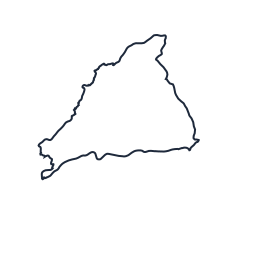 Balangan, Kalimantan Selatan, Indonesia, rotated 220°
{"feature_id": "22746128B67876608948387", "entity_name": "Balangan", "entity_type": "district", "adm_level": 2, "iso_a3": "IDN", "parent_name": "Indonesia", "parent_adm1": "Kalimantan Selatan", "projection": "equal_earth", "projection_center": [115.786, -2.285], "detail": "fine", "context": "isolated", "style": "outline", "palette": "slate", "viewbox_px": 256, "rotation_deg": 220, "n_neighbors": 0, "source": "geoboundaries", "source_scale": "gbopen_adm2", "svg_char_len": 5726}
<svg xmlns="http://www.w3.org/2000/svg" viewBox="0 0 256 256"><g transform="rotate(220 128 128)"><path d="M188.1,161.2L188.8,159.1L188.9,157.9L189.1,157.7L189.2,157.2L189.3,157.0L189.2,156.3L189.3,155.9L189.0,155.5L188.9,155.3L189.0,154.6L189.1,154.3L188.9,154.1L188.8,153.9L189.2,153.3L189.3,152.7L189.5,152.5L189.5,152.3L189.5,151.8L190.2,151.1L190.1,150.8L190.3,150.2L189.6,149.8L189.2,149.9L188.8,149.8L188.5,149.6L188.2,149.6L187.6,149.2L187.4,149.0L187.0,147.9L187.0,147.5L186.6,147.0L186.4,146.3L186.3,145.8L186.0,145.3L186.0,145.0L186.2,144.7L186.1,144.2L185.9,143.9L185.5,143.5L185.4,143.2L185.0,143.0L185.0,142.1L184.5,141.2L184.4,140.7L184.2,140.4L184.3,140.3L184.3,140.1L184.4,139.7L184.3,139.3L184.5,138.8L184.4,138.6L184.4,138.3L184.6,138.0L184.5,137.5L184.6,137.2L184.6,136.6L185.0,136.5L185.1,136.3L185.2,136.0L185.2,135.8L185.3,135.3L185.6,135.1L186.0,135.2L186.0,134.8L186.0,134.7L186.7,133.9L187.5,133.5L188.4,133.2L188.9,133.0L189.5,132.3L189.7,131.5L189.6,130.8L189.2,130.1L188.6,129.9L187.3,130.3L186.6,130.0L186.1,129.6L185.4,128.4L184.7,126.7L184.2,125.2L183.7,123.1L182.6,121.2L182.3,120.5L182.1,119.5L182.3,118.6L182.6,117.9L182.4,117.0L182.3,116.9L182.2,116.4L182.3,115.5L182.2,115.1L181.9,115.0L181.5,115.1L181.4,114.9L180.9,113.9L180.5,113.8L180.7,113.2L180.6,112.9L180.5,112.5L180.4,112.2L180.8,111.2L180.8,110.5L180.5,110.0L180.4,109.5L180.4,109.0L180.5,108.7L181.3,108.8L181.3,108.7L180.9,108.2L181.0,107.4L181.0,107.2L180.9,107.2L180.7,107.0L180.3,107.1L180.0,106.8L179.6,106.7L178.6,105.8L178.2,105.1L177.9,105.0L177.5,105.1L177.4,105.0L177.3,104.9L177.5,104.4L177.6,103.7L178.1,102.6L178.3,101.8L178.7,101.3L178.7,100.9L178.5,100.7L178.3,100.6L178.0,100.2L177.7,99.7L177.1,99.0L177.0,98.4L176.9,97.8L177.0,96.8L177.2,96.0L178.4,94.1L179.0,92.6L179.1,91.9L179.1,90.6L178.9,88.5L178.9,86.8L179.1,84.1L179.5,81.2L179.5,79.4L179.4,77.5L179.4,75.8L179.5,74.3L179.4,72.4L179.3,70.9L179.4,69.8L179.9,68.7L180.8,68.1L182.5,67.5L183.1,67.2L184.1,66.0L184.4,64.9L184.6,62.2L185.4,59.6L185.5,58.7L185.5,58.0L185.2,57.1L184.4,56.8L183.1,57.1L182.6,57.0L182.0,56.6L181.4,56.0L179.9,54.0L179.5,53.6L178.8,53.3L178.7,52.8L178.8,52.4L178.7,52.0L178.5,51.8L178.3,51.8L177.9,51.4L177.7,51.5L177.1,52.1L176.5,52.4L175.3,52.4L175.0,52.6L174.7,52.9L173.6,53.0L173.3,52.9L173.2,52.6L173.1,52.9L173.0,53.2L173.0,53.4L173.1,53.5L172.5,54.1L172.2,54.8L171.7,55.4L170.9,55.7L169.5,55.2L168.2,55.0L166.4,55.3L165.9,54.9L165.3,53.9L165.0,52.9L164.5,51.8L164.0,51.2L163.5,51.0L163.3,51.2L162.9,51.3L162.5,51.8L162.3,51.9L162.0,52.2L161.9,52.3L161.5,52.0L161.3,51.4L161.0,50.2L160.9,49.8L160.9,49.6L160.7,49.4L160.6,49.2L160.6,48.8L160.4,48.5L160.0,48.3L159.8,48.4L159.8,47.8L160.0,47.0L160.4,46.1L162.3,44.3L164.0,42.6L164.9,40.8L165.1,39.9L165.2,38.9L165.0,38.2L164.6,37.5L164.2,37.0L162.3,35.0L161.3,34.3L161.3,33.9L161.1,33.7L160.8,33.4L160.8,33.2L160.6,33.8L160.4,34.0L160.2,34.7L160.2,34.9L160.4,35.1L160.4,35.4L160.4,35.6L160.5,36.2L159.7,36.2L159.6,36.3L159.4,36.3L159.3,36.6L159.0,36.7L158.7,37.2L158.7,37.5L158.5,38.0L158.0,38.6L157.8,39.2L157.0,41.0L156.8,41.9L156.8,42.7L156.8,45.0L156.6,47.1L156.4,47.8L155.4,50.2L155.2,51.1L155.2,52.6L155.5,54.0L155.5,55.1L155.5,56.3L155.4,57.6L155.2,58.8L154.5,61.1L153.4,63.4L152.5,65.2L150.6,68.0L148.1,71.2L147.2,72.9L145.7,76.7L145.0,77.7L144.5,78.3L143.3,79.2L142.7,79.9L142.2,80.7L141.8,81.7L141.2,84.0L140.6,85.6L140.3,86.1L139.7,86.8L138.9,87.3L138.3,87.5L137.3,87.6L136.4,87.3L132.9,85.0L132.1,84.6L131.6,84.6L131.0,84.7L130.5,85.0L129.9,85.5L129.4,85.9L129.0,86.7L128.8,88.4L128.6,90.1L128.4,92.1L128.2,93.1L127.9,93.9L127.5,94.7L126.8,95.3L126.1,95.8L117.1,100.7L114.1,102.8L113.3,103.3L112.3,104.1L111.4,105.2L110.7,106.5L110.3,107.3L110.1,107.9L109.3,111.4L108.4,113.9L108.0,114.7L107.4,115.6L106.2,117.0L105.5,117.6L105.2,117.9L103.9,119.0L102.2,119.8L101.0,119.8L100.4,120.0L99.7,120.4L99.2,120.9L98.8,121.4L97.3,123.8L95.8,125.2L92.3,127.6L92.2,127.8L90.5,129.0L89.2,130.0L85.3,133.1L83.9,134.6L82.4,136.5L81.0,138.9L80.0,140.3L78.5,142.0L76.6,143.8L75.9,144.2L75.6,144.3L75.2,145.1L74.6,146.0L73.9,147.2L73.2,147.8L72.9,148.4L72.0,149.4L70.9,150.2L70.1,150.6L69.1,150.8L68.2,150.9L66.7,150.4L66.5,150.7L66.4,151.2L67.1,152.7L67.1,154.1L66.6,157.2L66.7,160.1L66.3,161.4L65.8,162.0L65.7,162.8L65.9,163.9L66.2,164.0L66.3,164.2L67.5,163.5L67.9,163.4L68.7,162.7L69.5,162.1L70.1,162.2L71.0,162.2L71.6,162.7L72.1,163.6L72.5,163.9L73.2,165.8L73.5,166.8L75.7,170.0L78.6,171.6L81.8,174.4L85.5,176.2L88.7,176.9L89.2,177.1L90.7,178.1L95.6,180.8L98.3,181.5L100.7,182.5L101.4,182.7L104.3,182.6L106.4,182.7L108.4,182.8L112.5,184.2L114.4,185.2L118.5,188.5L120.0,189.5L121.6,190.3L124.7,189.0L128.1,189.7L129.4,190.2L130.5,189.8L130.6,190.4L131.0,191.9L132.1,194.2L133.6,195.5L134.8,196.1L139.9,197.4L144.3,197.7L148.3,198.5L149.6,198.5L150.3,198.4L150.8,198.7L151.0,199.6L151.0,200.8L150.7,202.9L150.0,204.7L149.7,205.8L149.7,206.5L150.5,207.3L151.6,208.0L152.5,208.8L152.9,210.3L153.2,212.4L153.3,214.1L153.9,216.8L154.7,217.3L156.1,218.8L156.6,220.0L156.8,221.0L157.4,221.8L158.0,222.6L159.0,222.8L159.9,222.1L160.8,220.9L162.0,219.7L165.4,218.0L166.4,217.1L167.6,215.8L167.8,215.2L168.4,211.2L169.5,207.2L170.0,204.9L170.5,203.4L172.0,201.7L176.1,198.3L176.7,197.7L177.9,195.8L178.5,193.6L179.5,191.4L179.8,190.5L180.0,189.4L180.0,188.6L179.9,187.6L179.2,184.2L179.0,182.1L178.9,180.4L179.0,178.6L178.9,177.6L178.6,176.2L178.0,174.8L177.7,173.8L177.8,172.6L178.2,171.7L178.7,170.8L179.0,169.9L179.2,168.6L179.2,167.9L179.4,166.9L179.9,166.7L180.4,167.9L181.1,167.8L181.6,167.3L182.9,165.3L184.0,164.3L184.5,163.6L184.7,162.7L185.1,162.1L185.6,162.0L186.3,161.6L186.8,161.4L187.3,161.9L187.8,161.8L188.1,161.2Z" fill="none" stroke="#1e293b" stroke-width="2"/></g></svg>